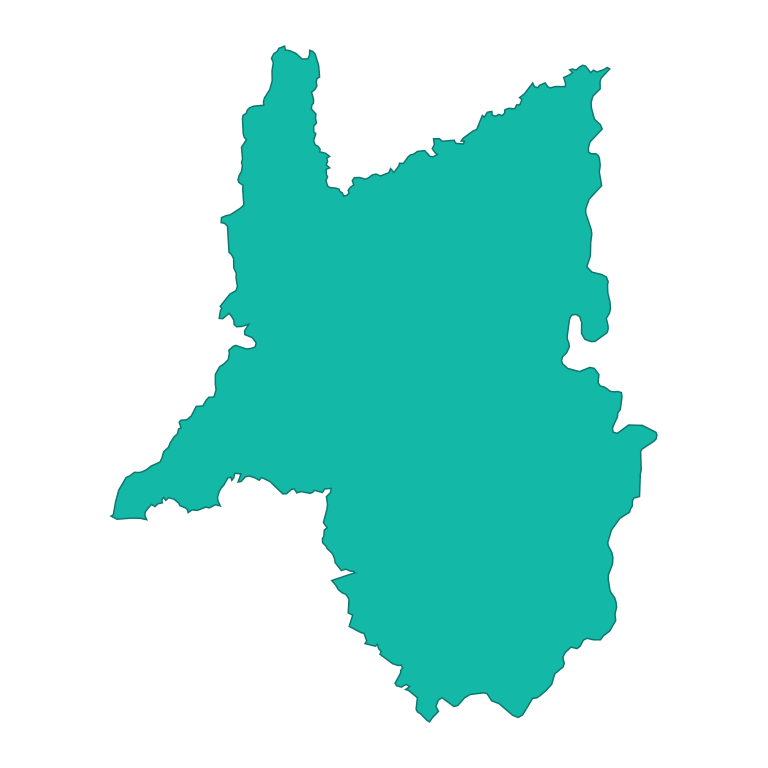 outline of Minaçu, Goiás, Brazil
{"feature_id": "56859067B20779755358957", "entity_name": "Minaçu", "entity_type": "district", "adm_level": 2, "iso_a3": "BRA", "parent_name": "Brazil", "parent_adm1": "Goiás", "projection": "albers", "projection_center": [-48.381, -13.496], "detail": "fine", "context": "isolated", "style": "filled", "palette": "teal", "viewbox_px": 768, "rotation_deg": 0, "n_neighbors": 0, "source": "geoboundaries", "source_scale": "gbopen_adm2", "svg_char_len": 6073}
<svg xmlns="http://www.w3.org/2000/svg" viewBox="0 0 768 768"><path d="M221.5,217.6L221.1,222.6L224.7,223.4L227.5,226.2L229.0,252.3L231.3,254.3L233.6,258.7L233.8,268.1L236.3,273.2L236.0,277.7L237.4,286.4L236.0,290.6L229.9,294.1L220.2,306.3L221.8,308.5L220.4,310.9L219.2,318.4L222.8,318.7L228.9,313.4L231.2,315.8L233.9,320.3L234.1,324.5L236.7,326.7L241.6,326.5L248.8,324.3L244.6,330.8L244.8,334.6L252.3,337.7L256.2,342.8L255.2,346.9L251.3,348.4L246.3,349.0L235.7,345.4L233.1,346.4L228.9,350.2L229.3,353.4L228.2,359.7L223.5,364.3L219.7,366.6L215.4,374.3L215.3,383.9L216.1,389.8L213.9,397.0L208.9,397.3L206.5,399.8L202.7,406.0L196.2,406.4L191.4,415.8L186.7,419.9L181.1,420.1L179.2,422.2L181.1,427.9L178.6,428.9L177.5,433.8L173.8,437.2L170.2,442.9L168.5,447.3L163.8,451.5L161.8,458.5L159.9,462.1L151.0,466.1L146.3,469.8L142.2,471.8L139.4,472.5L134.5,472.3L129.5,476.1L126.2,477.4L118.8,490.0L115.6,501.7L113.3,514.7L111.1,516.1L117.0,519.2L131.9,518.1L140.3,518.3L146.7,519.7L144.8,515.5L145.3,511.9L148.7,507.5L151.6,504.4L155.0,506.6L157.9,503.8L162.4,502.8L161.7,499.8L163.8,497.5L165.8,500.4L168.6,497.6L174.0,499.2L178.3,502.8L180.1,505.8L185.1,507.7L187.5,509.7L188.1,512.6L192.0,509.9L197.3,510.4L205.9,507.1L209.3,507.9L215.4,504.7L220.3,505.9L218.0,501.1L217.5,497.1L219.3,491.4L221.3,487.8L224.2,484.6L227.7,478.1L230.8,477.1L231.8,480.3L233.8,477.7L234.7,473.3L241.0,473.9L238.1,482.0L241.1,481.5L245.3,476.8L249.1,476.0L254.6,477.7L259.2,480.2L261.6,477.5L270.1,481.6L282.8,493.9L286.5,493.7L291.6,489.3L294.3,489.0L296.8,492.9L300.9,491.6L310.2,493.3L312.6,492.4L314.4,490.3L322.4,492.5L324.8,488.9L331.2,488.4L330.5,492.6L326.4,496.7L327.5,504.3L327.0,509.0L323.4,522.6L327.2,527.8L324.2,530.1L323.9,536.3L322.4,538.6L322.6,542.7L326.0,546.1L327.2,548.6L332.6,553.8L334.7,559.2L335.2,562.7L341.3,570.5L346.1,569.2L350.1,571.1L352.8,571.2L355.1,572.7L331.8,580.5L336.0,585.5L338.2,589.5L342.1,592.8L346.1,594.5L349.0,599.2L348.2,612.9L352.7,615.1L349.2,626.4L361.1,632.7L364.0,633.2L366.7,640.9L365.0,643.6L375.5,646.2L377.4,644.2L378.7,648.9L381.2,651.4L380.0,654.3L392.6,663.7L398.2,665.5L401.3,665.1L402.6,668.0L400.7,670.3L400.6,673.0L395.0,683.4L396.8,685.8L401.4,687.1L406.0,684.4L409.8,686.5L405.6,689.5L408.6,690.5L417.4,697.7L416.1,709.1L417.5,711.9L420.7,713.9L426.9,720.3L429.5,721.9L432.5,717.6L438.5,711.4L435.9,706.5L438.3,700.2L441.9,697.7L454.0,706.5L457.8,705.5L464.6,697.8L470.1,694.5L483.7,692.8L487.1,693.7L491.7,700.8L499.0,703.6L512.7,715.3L518.1,717.5L522.7,714.8L532.6,698.4L536.7,697.9L539.3,696.2L545.7,690.9L551.6,684.5L554.8,673.8L563.0,667.0L564.3,663.6L562.9,657.7L564.2,654.1L565.8,652.0L571.0,647.1L576.9,648.6L580.1,646.3L583.4,640.1L587.0,638.3L593.7,639.8L600.5,639.8L603.4,635.8L609.6,631.1L615.7,620.5L615.0,614.1L616.6,607.1L616.0,602.0L614.6,597.6L610.9,592.5L609.9,589.9L608.2,578.8L608.4,574.8L612.5,564.0L612.9,557.7L611.9,552.7L608.3,545.8L607.7,542.6L611.4,530.1L619.8,518.4L629.6,512.1L630.3,509.2L632.3,506.1L632.5,500.7L633.8,498.1L639.5,496.5L640.3,474.4L641.2,469.8L640.6,451.3L642.2,449.0L653.8,441.3L656.2,438.8L656.9,434.9L655.9,432.3L642.4,425.4L628.6,425.0L617.4,433.3L613.1,432.1L612.5,428.8L613.2,426.0L617.4,417.1L617.8,413.0L620.3,409.3L622.0,396.7L621.4,392.6L617.8,391.5L614.2,391.9L610.2,391.3L604.5,387.1L600.3,386.0L598.1,382.7L598.9,374.6L594.3,368.4L589.9,367.4L579.5,371.6L567.6,368.4L562.6,363.9L561.5,360.7L562.6,356.7L566.5,353.0L569.4,346.8L568.8,342.8L567.1,338.8L567.3,335.3L569.3,320.7L570.2,317.3L572.0,315.0L576.1,314.4L579.7,316.6L581.7,322.6L581.5,333.4L584.8,339.2L588.1,340.6L591.6,341.6L595.1,341.4L606.9,332.8L608.1,329.5L608.1,326.1L606.3,318.3L609.4,313.2L610.5,308.7L610.0,302.2L607.8,292.8L607.5,284.7L608.2,281.8L606.4,277.1L601.7,274.5L592.1,272.2L586.8,266.8L590.4,255.8L590.7,242.6L591.8,234.2L591.2,229.5L585.7,213.0L585.7,208.8L589.1,199.2L601.6,185.7L599.3,171.9L600.2,165.4L599.4,158.2L598.2,155.5L596.0,153.8L590.8,153.6L588.5,152.0L588.4,147.8L590.0,141.9L602.2,129.0L600.4,124.7L594.4,119.1L591.4,107.8L591.1,102.7L592.8,96.2L600.2,88.8L600.0,81.9L601.0,78.3L609.7,68.9L607.2,67.5L603.3,69.8L597.1,71.9L593.4,70.2L590.8,72.7L585.4,65.9L582.7,65.3L579.1,67.3L576.0,70.2L572.6,69.0L569.7,69.8L572.5,72.6L569.5,74.9L563.7,77.5L565.6,83.6L565.2,86.7L555.5,86.5L550.1,87.9L547.8,86.8L545.2,82.9L539.7,85.2L537.9,87.6L534.6,86.9L532.7,83.0L524.4,93.9L519.6,97.6L521.9,99.5L519.8,104.8L516.7,104.9L514.7,108.8L508.7,108.3L504.9,109.8L504.6,113.2L502.1,115.6L498.8,114.4L495.5,116.3L492.2,115.1L491.8,111.4L487.3,112.3L484.3,117.2L482.3,115.5L476.8,129.4L473.1,131.0L463.2,138.1L461.1,141.0L464.6,141.3L463.3,144.0L455.6,143.3L454.2,140.2L442.4,141.3L439.3,138.7L433.5,138.8L434.4,144.7L432.2,148.6L435.0,152.6L437.5,154.5L433.3,156.7L430.0,156.4L424.7,150.6L417.5,151.4L413.9,154.0L410.2,155.1L407.9,157.1L403.4,163.5L399.6,163.2L398.8,165.9L393.9,172.6L390.6,168.6L388.8,172.7L380.3,176.0L376.1,174.1L372.3,174.9L368.3,178.0L365.3,179.2L359.6,177.5L354.4,177.7L352.3,180.6L353.8,184.8L350.3,187.4L348.2,190.3L349.1,193.2L347.0,195.2L343.7,196.2L342.3,192.9L340.1,191.6L338.9,189.1L335.3,188.0L330.5,187.7L327.7,186.3L325.9,180.5L327.6,176.9L326.3,174.3L326.2,169.3L329.7,167.9L326.2,164.8L327.6,161.3L326.7,158.0L329.6,156.4L325.6,153.3L319.7,151.8L320.1,149.2L318.0,146.3L315.2,144.8L313.6,140.8L315.8,133.6L313.8,131.9L313.7,126.1L316.5,123.1L315.5,118.1L315.9,114.0L311.4,109.0L311.8,105.2L313.4,103.2L313.6,99.5L311.5,92.2L314.9,89.6L316.9,86.0L316.2,82.0L317.0,78.5L319.6,77.1L318.6,65.4L315.2,54.2L313.0,51.6L309.7,50.3L309.5,55.3L307.9,58.8L302.2,59.1L295.9,53.4L289.6,50.6L285.4,50.0L284.6,46.1L278.9,48.3L277.0,51.6L273.9,53.6L271.5,58.3L273.3,62.7L272.0,71.0L272.2,80.7L269.8,89.6L264.5,97.9L263.4,101.9L263.9,105.2L253.5,106.2L249.4,107.9L247.4,110.0L246.2,113.3L243.1,115.3L242.5,118.9L243.3,134.3L244.4,137.5L246.4,139.7L241.5,147.3L242.5,158.9L241.5,162.8L242.4,165.5L241.5,171.3L239.0,175.8L238.0,179.9L238.8,182.4L243.0,185.3L242.7,188.9L243.8,204.9L240.4,208.2L229.9,215.0L226.2,215.6L221.5,217.6Z" fill="#14b8a6" stroke="#0f766e" stroke-width="1.5"/></svg>